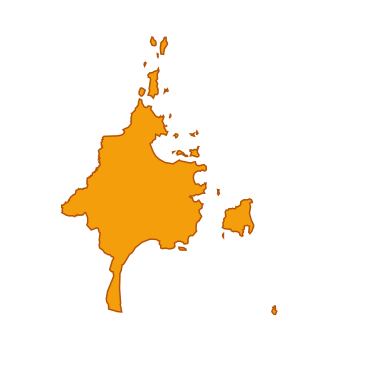 Sattahip, Chon Buri, Thailand (Mercator projection), rotated 199°
{"feature_id": "78962969B45333129363776", "entity_name": "Sattahip", "entity_type": "district", "adm_level": 2, "iso_a3": "THA", "parent_name": "Thailand", "parent_adm1": "Chon Buri", "projection": "mercator", "projection_center": [100.926, 12.687], "detail": "fine", "context": "isolated", "style": "filled", "palette": "amber", "viewbox_px": 384, "rotation_deg": 199, "n_neighbors": 0, "source": "geoboundaries", "source_scale": "gbopen_adm2", "svg_char_len": 6162}
<svg xmlns="http://www.w3.org/2000/svg" viewBox="0 0 384 384"><g transform="rotate(199 192 192)"><path d="M308.4,130.2L303.3,129.2L300.4,129.4L297.2,130.7L295.0,130.5L294.3,131.9L293.2,132.0L293.2,133.4L291.3,133.2L287.7,134.8L286.6,137.6L285.8,137.9L282.3,133.7L280.7,129.2L280.7,126.6L274.9,123.3L270.3,127.1L268.9,127.0L266.4,123.5L265.5,123.3L264.1,116.3L263.0,114.9L262.5,111.6L261.1,109.0L257.6,108.1L254.8,106.1L250.7,105.5L248.9,106.0L247.2,104.7L245.6,105.0L244.3,103.7L245.0,101.9L244.6,91.8L242.2,90.5L240.8,90.9L238.6,87.1L239.5,70.5L238.2,62.8L236.8,60.3L234.3,58.3L232.7,54.2L223.3,54.7L219.4,55.7L223.2,62.2L223.2,63.3L229.2,77.4L233.6,91.6L233.4,95.1L234.4,100.5L233.4,101.1L232.9,102.4L230.7,112.8L228.9,115.2L227.4,121.1L222.7,128.4L216.5,133.6L213.8,134.6L209.8,135.6L208.0,134.9L206.7,135.2L206.0,132.3L204.2,131.2L203.3,128.9L201.9,128.7L198.6,130.3L194.6,130.9L191.5,132.8L190.4,134.8L191.9,138.0L189.6,140.7L187.5,141.6L184.1,141.5L182.5,140.3L179.8,141.6L179.2,142.9L180.4,145.8L180.4,148.5L179.4,150.3L177.1,151.0L174.9,156.6L176.2,158.3L177.6,163.6L177.0,165.8L176.0,166.9L174.9,172.0L178.4,175.0L179.5,177.2L177.3,180.3L178.0,182.0L177.7,184.2L179.5,184.0L183.0,186.5L184.4,184.2L186.8,183.5L188.5,184.6L189.7,186.6L191.3,186.2L191.6,187.3L192.6,187.0L192.2,187.7L188.7,189.1L187.4,191.0L185.4,191.1L181.8,194.2L179.7,195.0L181.5,197.0L180.0,200.4L181.2,202.4L181.6,205.0L182.9,204.6L183.0,203.3L184.5,202.2L185.2,200.7L186.5,200.6L188.4,201.7L191.2,200.5L194.4,203.9L195.8,207.3L195.8,210.6L193.5,213.8L190.7,214.5L190.1,215.7L188.9,216.3L187.3,215.9L186.0,216.7L185.8,218.0L186.9,220.7L189.6,221.8L193.9,219.1L195.7,218.8L196.9,219.2L198.8,221.7L202.9,218.9L213.5,217.6L214.3,218.1L219.1,212.4L227.1,211.1L233.4,212.2L237.9,214.1L241.9,217.4L247.3,223.8L247.1,224.8L245.8,225.6L245.8,227.7L243.8,230.3L245.2,234.8L240.8,234.1L240.4,236.7L238.1,237.6L234.9,237.3L234.6,241.1L236.5,241.1L237.5,242.6L238.6,242.9L240.1,245.1L239.9,246.0L243.2,249.4L243.0,253.9L244.0,254.9L244.7,253.2L245.8,252.9L246.5,253.6L247.4,251.6L251.0,251.9L258.1,256.9L258.2,259.6L261.4,259.1L262.4,257.0L264.8,256.9L268.2,259.8L269.4,262.5L271.9,262.9L271.9,259.9L271.0,256.7L271.8,255.3L271.6,254.4L272.7,253.0L272.3,250.7L274.8,246.3L274.1,245.7L273.6,241.4L272.7,240.4L272.9,238.7L272.0,238.0L271.9,236.2L273.2,232.6L277.5,228.5L275.5,227.1L275.5,225.0L277.1,223.0L280.3,221.0L293.5,215.9L294.3,214.1L293.3,212.9L294.2,212.0L293.2,210.5L294.0,209.3L293.0,207.0L292.1,206.9L292.2,205.4L291.2,205.3L291.6,203.9L293.4,202.1L293.8,200.3L292.1,198.1L292.1,195.7L291.3,195.3L291.5,193.9L290.1,193.9L290.8,192.3L290.3,192.5L289.6,191.0L289.9,190.2L289.0,190.3L289.2,189.4L287.8,188.4L287.8,187.1L288.3,186.9L288.2,185.5L290.3,183.4L289.8,182.6L289.0,182.9L288.9,181.9L290.1,181.6L289.8,180.6L290.8,179.8L290.3,179.1L291.9,178.2L292.3,176.7L291.7,175.3L292.5,174.3L293.2,174.5L293.4,172.7L294.1,172.9L294.1,172.0L295.5,171.2L294.7,167.5L294.1,167.3L294.1,165.4L292.8,164.7L292.7,161.8L296.1,159.8L296.0,159.0L298.7,158.6L299.4,157.8L300.4,158.2L300.5,157.3L302.2,155.7L301.7,153.2L302.1,151.5L303.1,150.9L305.1,147.6L305.7,145.0L305.3,144.3L306.1,143.9L305.8,142.4L307.1,141.1L308.3,141.2L308.3,139.5L309.8,137.5L310.9,137.2L310.1,134.9L309.1,134.9L308.9,132.6L308.1,131.6L308.4,130.2ZM132.6,166.9L130.3,166.4L129.7,167.3L130.6,168.8L130.4,171.4L131.7,172.6L130.5,174.0L131.5,176.9L129.0,178.4L126.5,178.2L125.2,172.3L123.7,171.5L122.7,174.3L122.5,179.4L123.0,180.9L127.1,185.1L130.8,190.6L131.9,197.3L133.7,199.8L133.3,201.1L131.7,201.4L131.7,202.3L133.4,204.1L135.4,204.2L137.0,202.7L140.5,201.5L142.6,198.9L142.0,195.5L144.0,192.8L145.7,192.4L145.3,191.4L145.8,190.4L147.1,189.7L148.6,189.8L149.2,189.0L151.6,188.3L152.0,186.7L153.7,186.0L154.1,184.1L152.0,179.6L153.2,176.8L152.4,175.2L152.7,173.0L151.6,170.4L151.7,168.3L149.2,167.9L143.2,169.3L142.2,168.2L140.1,167.9L138.2,169.0L135.2,169.2L133.9,168.7L132.6,166.9ZM261.8,269.6L259.1,268.1L258.9,272.1L256.8,272.7L256.3,274.3L257.5,278.0L259.7,280.5L259.8,283.4L262.3,285.5L261.4,287.7L263.3,292.0L262.6,295.5L264.0,297.8L264.3,295.5L267.3,293.5L268.1,292.0L270.7,290.9L271.8,288.4L270.7,286.4L268.6,286.3L267.8,284.8L266.1,275.5L265.0,274.2L265.2,269.4L261.8,269.6ZM266.4,312.4L263.7,312.9L264.7,318.1L263.4,323.7L263.9,325.1L265.5,326.2L266.9,329.8L268.4,329.1L268.5,325.7L269.9,323.2L268.9,318.0L266.4,312.4ZM205.3,229.3L205.3,225.7L203.7,226.7L198.6,226.8L197.4,227.8L197.4,229.2L199.7,231.2L200.5,232.8L200.4,237.1L201.0,236.9L201.1,233.6L203.8,232.9L204.3,231.7L206.7,231.6L207.6,230.9L207.4,230.2L205.3,229.3ZM280.3,320.9L277.4,317.7L274.8,318.2L274.1,319.0L274.1,320.2L275.4,322.7L277.8,323.6L279.2,325.4L280.3,325.5L280.3,320.9ZM274.0,267.5L271.5,266.1L270.2,266.9L269.3,269.9L269.8,271.5L269.2,272.4L269.8,273.3L273.0,274.0L274.4,273.5L274.7,270.0L274.0,267.5ZM77.0,108.3L77.7,106.3L77.4,104.7L74.7,103.0L73.2,103.5L73.1,106.9L75.0,107.6L75.2,109.0L76.5,110.2L78.1,109.3L77.0,108.3ZM218.6,223.8L218.0,222.3L214.4,224.7L209.6,223.6L207.8,224.3L208.2,224.9L210.4,224.6L213.1,226.2L217.6,227.0L218.6,226.2L219.1,223.7L218.6,223.8ZM186.4,135.5L186.1,134.5L184.3,133.3L178.7,135.2L179.1,136.0L181.8,136.6L186.4,135.5ZM226.6,240.0L224.9,238.0L224.0,239.2L223.8,241.0L224.4,241.8L226.3,241.8L227.3,239.7L226.6,240.0ZM167.4,200.4L167.4,199.0L166.1,197.8L165.6,199.6L166.7,200.7L167.3,203.5L167.4,202.7L168.6,202.6L167.4,200.4ZM251.0,280.3L250.5,277.0L249.5,279.3L248.2,279.1L247.5,279.8L248.9,281.5L249.4,279.9L251.0,280.3ZM211.0,245.4L208.0,245.6L209.3,247.0L209.2,248.1L210.3,246.9L212.4,246.4L211.0,245.4ZM278.2,299.5L278.9,298.7L278.8,296.9L277.8,295.6L277.4,298.8L278.2,299.5ZM207.2,251.1L207.2,249.4L206.4,248.7L206.3,247.5L205.5,249.5L207.2,251.1ZM238.0,259.0L237.6,257.5L237.4,254.4L236.7,257.0L238.0,259.0ZM149.2,161.7L148.5,160.0L147.5,159.3L148.7,162.8L149.2,161.7ZM269.9,311.5L269.4,310.3L268.6,310.0L269.0,311.4L269.9,311.5ZM222.0,224.4L223.4,223.6L223.0,222.7L222.0,224.4ZM268.6,309.6L268.7,309.0L268.1,308.4L268.1,309.1L268.6,309.6ZM237.5,246.2L238.0,246.5L238.2,245.5L237.5,246.2ZM76.6,111.1L75.9,110.6L76.2,111.3L76.6,111.1Z" fill="#f59e0b" stroke="#b45309" stroke-width="1.5"/></g></svg>